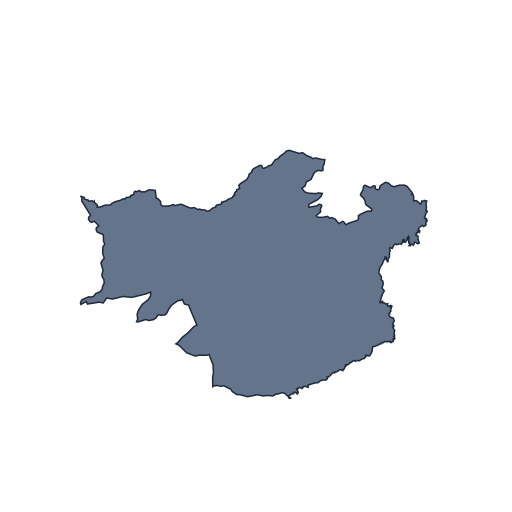 Ho Municipal, Volta, Ghana (Natural Earth projection), rotated 56°
{"feature_id": "2480657B35240131522033", "entity_name": "Ho Municipal", "entity_type": "district", "adm_level": 2, "iso_a3": "GHA", "parent_name": "Ghana", "parent_adm1": "Volta", "projection": "natural_earth1", "projection_center": [0.554, 6.677], "detail": "fine", "context": "isolated", "style": "filled", "palette": "slate", "viewbox_px": 512, "rotation_deg": 56, "n_neighbors": 0, "source": "geoboundaries", "source_scale": "gbopen_adm2", "svg_char_len": 6141}
<svg xmlns="http://www.w3.org/2000/svg" viewBox="0 0 512 512"><g transform="rotate(56 256 256)"><path d="M390.1,307.9L390.5,303.1L391.2,301.7L390.4,301.5L390.2,300.4L391.7,299.1L392.9,299.3L393.5,298.6L392.7,297.1L389.8,296.8L389.6,295.8L389.0,296.2L389.3,293.2L391.5,292.0L391.5,290.9L390.6,290.2L391.0,288.8L394.0,286.2L392.3,285.3L392.7,284.8L392.3,284.2L394.2,278.2L395.8,275.2L395.4,273.0L396.0,270.3L398.0,267.3L397.6,265.3L396.1,264.8L396.9,263.1L395.8,258.3L395.9,257.1L396.9,256.2L396.1,255.4L397.2,253.9L397.1,249.9L399.6,248.0L398.7,247.4L399.1,246.5L397.7,244.0L396.4,242.7L397.3,242.6L396.8,241.8L397.5,241.0L397.4,238.5L396.9,238.0L397.5,236.3L397.1,234.1L397.6,233.1L398.7,232.7L399.2,230.6L400.6,229.1L400.7,225.6L401.5,223.6L400.8,221.2L399.8,220.7L400.6,220.2L400.5,219.2L401.9,218.6L402.2,217.1L400.2,213.4L396.6,210.1L398.2,204.6L398.0,203.0L398.8,201.3L398.1,199.9L399.1,199.1L398.9,196.8L400.4,195.6L400.3,194.7L401.3,193.8L401.7,192.4L402.4,192.7L402.3,191.7L402.9,192.7L403.4,192.3L403.4,189.8L401.8,188.9L402.4,188.0L401.5,187.9L401.8,187.0L400.5,186.3L399.9,186.7L399.2,185.4L397.2,184.8L395.5,182.8L392.0,182.5L391.7,181.5L390.9,181.7L391.3,181.1L390.8,180.6L388.5,180.6L387.5,178.2L386.6,177.5L384.3,176.8L382.1,178.7L379.6,179.1L378.3,178.1L378.6,177.4L377.7,177.2L377.2,175.1L376.0,174.5L373.5,171.3L373.0,171.4L373.1,172.9L372.2,172.4L371.8,174.3L370.9,174.8L369.1,173.4L368.6,175.0L366.6,175.9L365.8,177.2L364.3,176.4L364.3,179.1L363.7,179.3L361.3,176.1L360.6,175.9L359.4,173.6L359.0,173.7L356.6,169.1L353.0,169.5L350.5,166.3L347.9,164.9L345.3,165.4L343.7,163.7L338.4,163.6L334.8,159.5L333.1,155.4L331.3,153.2L330.6,151.0L329.0,149.5L329.9,148.7L331.4,149.7L334.3,150.2L334.4,149.5L332.7,148.5L331.4,146.0L327.2,142.9L326.6,141.6L324.9,141.4L324.0,140.2L325.9,138.8L324.3,136.2L323.8,134.2L324.1,133.4L325.4,133.0L326.4,129.6L327.4,129.1L326.8,126.6L326.0,126.7L324.6,124.8L325.3,124.1L326.1,125.2L326.2,124.6L327.6,125.1L328.1,124.7L327.1,121.2L326.2,121.4L324.9,118.5L326.6,118.8L327.1,119.9L330.0,121.7L329.9,121.0L330.3,121.0L332.4,122.2L332.9,123.4L333.8,122.2L333.1,121.9L333.0,120.7L334.8,119.7L334.3,119.4L334.5,118.2L333.2,116.9L333.8,116.0L336.1,115.2L336.6,113.4L331.9,112.0L330.2,110.5L328.8,111.7L327.7,111.7L327.6,110.6L326.1,110.0L326.7,110.0L326.3,108.5L327.0,108.7L326.9,107.6L327.8,107.2L326.5,106.1L325.1,106.8L323.6,104.7L323.7,101.1L325.4,100.4L325.1,99.0L325.6,98.4L325.0,97.4L323.3,96.8L322.6,94.3L321.1,94.2L321.0,94.7L320.3,93.9L318.8,95.2L315.7,91.3L314.9,89.2L313.9,89.0L313.4,89.8L311.0,87.5L307.4,85.6L305.9,83.7L304.1,85.3L304.5,85.8L303.1,88.0L304.2,88.8L305.0,90.5L299.7,92.1L298.4,94.4L295.0,92.1L292.5,91.4L292.1,92.5L291.3,91.3L289.6,91.2L282.7,91.8L280.2,93.3L277.3,97.9L275.7,102.9L273.1,104.7L269.5,105.4L267.3,107.5L267.2,113.6L269.5,116.3L269.3,117.7L268.3,118.9L266.8,119.4L264.5,118.1L263.4,119.7L263.6,122.1L262.8,123.4L258.5,125.8L258.1,126.7L258.6,128.2L260.9,130.1L263.2,134.8L264.2,135.4L268.2,134.5L271.6,134.8L273.7,136.0L275.3,136.1L281.9,133.7L283.3,135.3L281.0,138.8L279.9,145.9L279.7,148.4L282.5,150.4L283.2,151.7L280.7,160.5L280.4,164.0L276.6,164.2L275.7,164.9L275.6,169.1L269.8,169.7L266.5,171.7L265.8,173.8L263.4,174.4L262.8,175.2L261.2,179.2L258.2,183.3L256.3,183.7L255.6,178.1L255.0,177.3L253.4,176.8L251.2,173.4L250.1,173.3L248.4,174.7L248.5,177.5L245.2,184.9L242.7,183.3L243.8,173.4L243.0,168.8L241.2,166.0L238.6,169.0L237.8,171.4L232.9,177.8L230.0,179.8L225.5,180.1L225.4,176.2L222.7,172.8L223.3,167.7L219.4,160.8L219.6,156.8L222.1,154.0L222.3,152.4L219.0,150.3L218.0,148.2L214.5,145.0L213.1,147.1L208.1,151.7L207.1,154.4L204.6,155.3L201.2,157.8L196.5,159.5L194.9,163.0L187.0,169.3L185.9,172.5L186.6,173.9L186.7,180.4L187.6,182.9L187.0,186.3L189.3,192.5L188.2,194.9L188.4,197.2L187.7,200.6L186.9,201.2L184.0,200.8L183.0,202.4L182.2,209.3L182.9,211.4L184.2,212.8L184.2,215.7L186.3,218.2L187.4,221.2L187.3,228.6L187.8,230.7L191.0,232.0L190.2,234.9L191.5,236.0L191.3,237.0L192.4,239.4L193.6,239.4L193.4,241.1L194.3,243.0L193.3,248.1L193.9,249.4L192.8,252.1L193.0,253.2L192.1,254.2L193.6,255.8L191.9,259.8L192.0,261.2L192.9,262.0L192.0,265.4L192.5,269.4L191.4,271.7L189.6,272.3L186.7,275.9L185.7,276.3L184.9,278.3L181.6,279.9L179.4,283.8L171.2,289.1L168.7,295.2L167.0,295.9L166.1,299.8L162.5,305.5L159.9,306.2L157.5,304.6L153.5,305.3L152.2,306.4L145.3,302.8L142.5,306.0L141.2,307.9L140.8,312.2L138.4,315.5L136.4,316.2L136.1,318.9L134.9,319.6L134.9,321.4L136.5,322.7L135.8,326.3L136.9,327.1L134.9,331.0L135.5,333.1L134.3,334.0L134.0,337.3L132.3,342.1L131.8,345.8L132.2,348.3L129.3,353.0L128.4,357.7L126.6,360.4L125.2,359.0L120.7,360.1L120.1,359.6L120.2,360.3L118.7,360.9L117.2,363.8L115.9,363.8L113.1,366.2L111.1,365.7L109.8,367.4L113.0,369.7L129.8,370.4L130.3,373.1L131.9,374.3L134.5,374.4L136.2,373.5L136.9,370.5L143.0,369.5L143.3,372.5L145.1,374.0L147.5,374.2L153.0,370.7L158.4,374.1L161.5,374.7L163.0,378.0L168.2,381.7L172.2,382.8L173.3,383.7L173.6,385.8L175.0,388.4L182.2,390.8L185.4,394.3L187.2,395.1L190.5,395.3L193.5,396.9L195.6,400.5L197.2,401.7L198.5,405.0L197.5,409.8L198.6,413.0L197.9,415.6L196.3,417.5L194.9,425.0L196.6,427.7L198.2,428.3L198.8,422.2L201.6,422.6L206.6,411.8L209.5,408.9L207.3,403.3L211.4,399.1L215.2,388.9L220.9,382.0L225.8,368.7L227.0,363.5L230.2,365.9L232.0,369.9L232.5,377.5L235.4,384.1L237.9,387.2L242.2,389.4L243.7,391.8L244.7,390.7L247.0,383.0L249.6,380.8L251.5,376.4L251.3,373.4L250.0,370.0L252.0,367.9L254.0,364.3L253.4,361.7L251.4,358.4L249.5,353.2L249.4,346.4L249.8,344.3L250.8,343.4L250.7,341.4L255.8,342.2L258.9,339.4L280.1,343.6L279.9,347.4L281.8,356.3L282.1,362.1L284.0,369.1L284.1,371.5L287.0,369.7L297.5,367.6L304.6,362.6L305.6,361.4L305.9,359.4L310.6,352.6L311.4,350.0L322.0,352.4L328.9,356.5L332.4,359.9L340.2,364.9L340.1,363.1L341.2,361.9L341.5,360.5L344.3,358.2L345.5,355.3L352.4,351.4L355.1,351.5L360.2,349.4L361.8,347.1L368.0,341.6L371.9,332.3L375.9,328.5L378.2,324.2L381.5,320.3L381.7,316.4L382.7,315.0L383.7,311.3L385.6,309.1L390.1,307.9ZM393.8,306.4L390.1,307.9L392.3,308.1L393.8,306.4ZM108.6,368.5L109.1,367.3L108.7,367.5L108.6,368.5Z" fill="#64748b" stroke="#1e293b" stroke-width="1.5"/></g></svg>